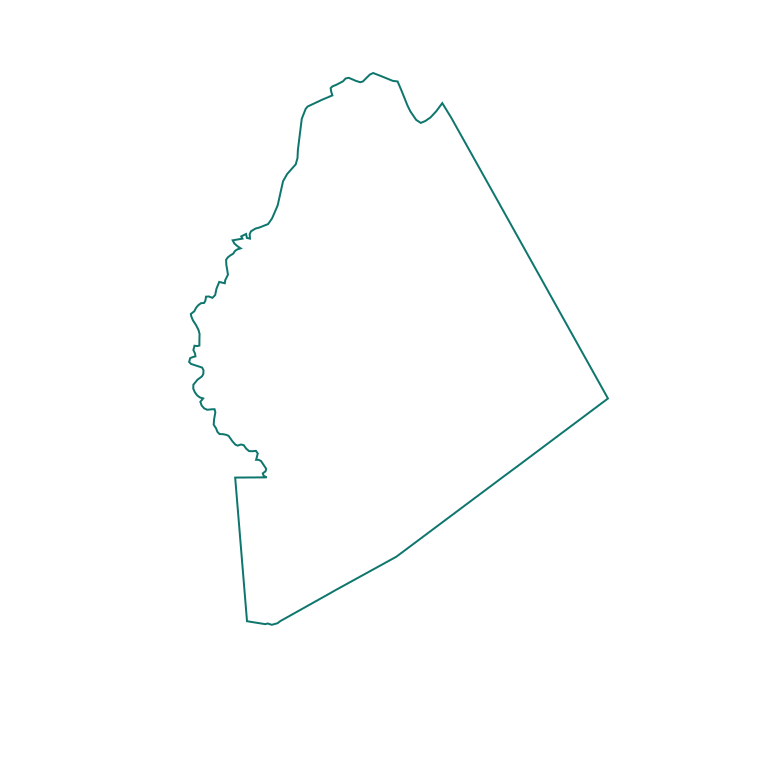 outline of Monte Alegre do Piauí, Piauí, Brazil, rotated 119°
{"feature_id": "56859067B876733905901", "entity_name": "Monte Alegre do Piauí", "entity_type": "district", "adm_level": 2, "iso_a3": "BRA", "parent_name": "Brazil", "parent_adm1": "Piauí", "projection": "albers", "projection_center": [-45.01, -9.577], "detail": "fine", "context": "isolated", "style": "outline", "palette": "teal", "viewbox_px": 768, "rotation_deg": 119, "n_neighbors": 0, "source": "geoboundaries", "source_scale": "gbopen_adm2", "svg_char_len": 1990}
<svg xmlns="http://www.w3.org/2000/svg" viewBox="0 0 768 768"><g transform="rotate(119 384 384)"><path d="M288.1,181.1L169.7,371.7L118.5,454.3L110.1,469.2L119.9,470.5L128.4,472.6L134.0,475.4L137.8,478.4L137.4,483.9L132.8,493.1L129.1,498.4L118.3,511.7L112.8,518.8L114.6,523.2L116.3,537.2L117.3,544.3L120.3,546.4L125.0,547.8L129.6,549.1L131.6,551.1L132.5,555.5L133.3,563.3L135.4,565.7L139.1,566.6L145.5,570.8L148.7,573.4L151.1,574.1L154.0,571.8L156.6,569.1L165.3,575.9L178.3,585.3L181.3,585.9L191.9,584.5L221.0,572.8L228.3,569.2L234.7,567.7L247.2,570.5L255.6,570.6L279.3,563.6L293.3,562.2L300.3,562.9L307.6,568.9L310.4,571.8L315.0,574.4L318.1,574.1L321.8,571.7L322.7,574.7L319.7,577.4L324.1,580.4L325.5,578.3L331.7,586.0L333.7,582.9L334.5,579.0L334.9,575.2L337.3,577.5L339.8,578.8L343.2,579.1L345.9,580.7L349.0,582.0L351.9,582.3L356.2,579.7L359.8,576.8L364.0,573.5L370.1,573.2L373.1,572.1L374.6,577.6L382.0,576.7L388.0,574.8L391.8,575.8L392.4,579.7L393.9,582.0L397.8,580.6L400.4,580.7L402.0,583.2L405.3,584.7L408.5,585.3L412.4,585.2L416.4,586.9L418.5,585.1L421.0,581.9L423.6,577.0L426.7,572.4L429.6,569.6L434.4,567.1L439.9,564.1L441.4,565.8L442.4,568.3L446.7,567.2L449.0,564.0L451.3,562.3L452.9,564.1L455.4,566.1L459.2,565.1L460.0,562.5L457.8,551.1L459.4,548.6L462.8,546.9L465.6,546.9L470.6,549.2L477.0,550.4L480.5,548.6L483.0,545.3L484.6,541.6L485.0,538.3L484.3,535.2L488.6,536.0L491.2,533.1L492.5,529.5L492.2,526.0L490.1,523.1L488.2,520.0L490.5,517.8L497.5,515.4L502.2,513.2L504.2,509.4L506.6,506.5L507.5,503.6L506.0,500.6L504.9,497.2L504.7,494.8L506.3,491.5L507.6,488.8L509.1,484.5L508.8,482.1L506.3,479.8L505.5,477.1L507.4,473.1L508.1,469.5L506.7,466.7L504.6,463.6L506.0,460.7L512.3,459.1L511.1,456.9L511.0,454.2L515.3,445.9L517.7,445.3L520.9,446.7L522.7,444.7L522.5,441.3L538.0,468.8L657.9,388.8L651.6,371.4L649.9,369.7L649.0,365.4L644.8,361.1L641.7,359.8L591.5,328.7L589.1,327.3L529.1,289.5L406.8,234.5L391.0,227.3L288.1,181.1Z" fill="none" stroke="#0f766e" stroke-width="2"/></g></svg>